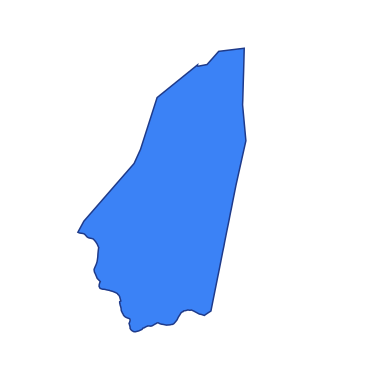 outline of Santa Ana Cuauhtémoc, Oaxaca, Mexico, rotated 213°
{"feature_id": "50627088B15114769088919", "entity_name": "Santa Ana Cuauhtémoc", "entity_type": "district", "adm_level": 2, "iso_a3": "MEX", "parent_name": "Mexico", "parent_adm1": "Oaxaca", "projection": "natural_earth1", "projection_center": [-96.808, 17.985], "detail": "fine", "context": "isolated", "style": "filled", "palette": "blue", "viewbox_px": 384, "rotation_deg": 213, "n_neighbors": 0, "source": "geoboundaries", "source_scale": "gbopen_adm2", "svg_char_len": 2113}
<svg xmlns="http://www.w3.org/2000/svg" viewBox="0 0 384 384"><g transform="rotate(213 192 192)"><path d="M173.3,47.6L170.2,44.9L169.9,44.1L168.5,43.3L166.9,43.0L164.9,43.1L164.3,43.4L163.5,43.8L161.0,46.5L160.0,48.1L159.1,49.5L159.0,51.1L158.1,52.1L157.3,53.8L156.0,55.7L154.8,56.4L153.4,57.1L152.4,58.3L151.8,59.6L151.2,60.8L150.5,62.0L150.0,63.2L149.1,63.9L147.5,64.0L146.3,64.3L145.7,64.5L143.7,65.4L141.0,66.4L138.1,68.6L137.4,69.4L137.2,69.6L136.1,70.5L135.5,71.8L135.1,74.4L134.9,76.7L135.3,79.5L135.3,81.8L135.4,84.7L134.7,86.6L134.4,86.7L134.1,87.9L133.0,88.8L131.8,90.1L131.4,90.7L130.2,91.3L129.4,91.6L128.2,92.7L125.6,93.1L122.1,93.4L119.4,93.6L117.5,94.4L115.9,94.8L114.4,95.2L113.8,96.8L112.9,98.9L111.3,102.5L114.2,109.7L120.4,125.3L123.3,132.6L123.7,133.6L125.9,139.2L127.1,142.2L133.0,156.9L133.3,157.6L135.7,163.8L137.2,167.4L141.6,178.4L143.7,183.8L146.0,189.6L146.3,190.3L147.8,194.0L149.0,197.0L149.7,198.9L151.9,204.3L158.8,221.6L171.1,254.6L174.7,264.3L197.1,292.7L199.4,296.6L204.1,304.3L206.9,308.9L207.7,310.2L214.3,321.1L218.7,328.3L226.5,341.0L246.2,324.5L248.8,307.1L255.5,300.7L256.2,300.6L256.6,301.6L272.7,252.2L258.4,199.7L256.1,184.4L266.8,108.7L265.8,96.1L264.2,96.3L262.8,96.9L261.1,97.7L259.9,98.1L259.0,98.1L257.7,97.8L255.7,97.2L254.4,97.2L253.3,97.4L251.8,98.0L250.5,98.5L249.1,98.8L245.9,97.9L243.2,96.7L241.4,95.5L239.9,94.5L239.8,94.1L238.8,92.0L237.3,89.1L235.7,86.3L234.7,84.2L233.7,82.0L233.0,79.5L232.3,75.3L232.0,73.8L231.4,73.0L230.3,71.8L230.0,71.6L228.5,70.7L226.6,69.4L224.6,68.0L223.5,67.7L220.1,66.9L220.0,65.8L219.4,63.8L218.5,62.2L217.6,61.7L216.6,61.1L214.2,61.7L213.7,62.0L212.0,62.9L210.4,63.4L208.4,64.2L207.8,64.5L207.0,64.6L205.8,65.0L203.8,65.6L202.9,65.7L201.5,66.0L199.2,66.2L198.3,65.7L197.8,65.7L197.1,65.6L195.8,64.9L194.1,63.4L192.3,61.8L192.9,60.6L192.1,59.4L191.4,59.0L191.1,58.4L189.9,57.4L188.4,56.1L186.7,54.0L184.3,52.5L183.2,52.0L182.4,51.4L181.4,51.1L180.3,50.9L179.5,50.9L178.7,51.0L177.5,51.2L175.5,51.7L174.9,51.6L174.5,51.2L174.0,50.7L173.7,49.9L173.3,48.3L173.3,47.6Z" fill="#3b82f6" stroke="#1e3a8a" stroke-width="1.5"/></g></svg>